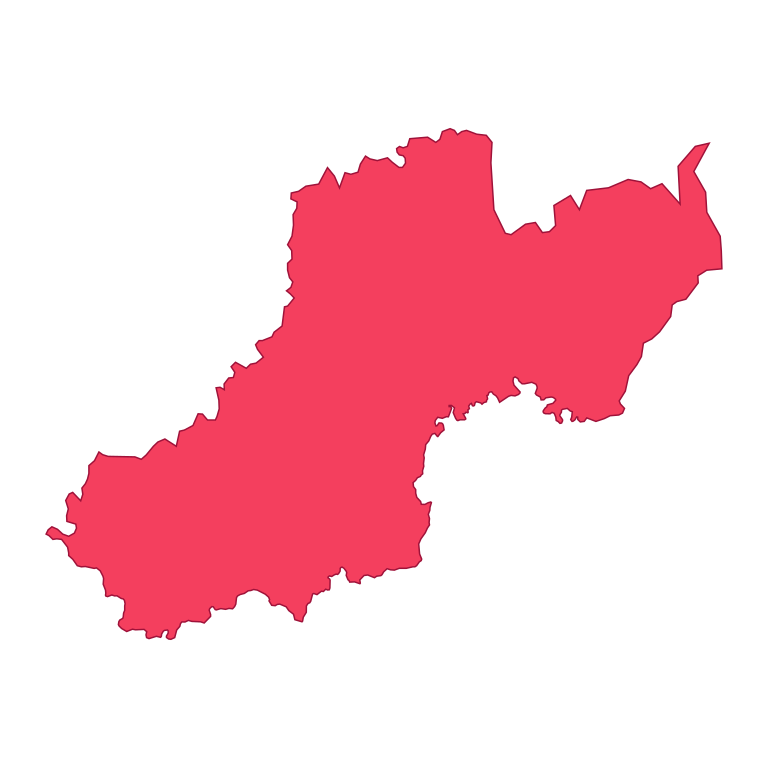 the district of Zémio, Haut-Mbomou, Central African Republic
{"feature_id": "33826404B4042011562142", "entity_name": "Zémio", "entity_type": "district", "adm_level": 2, "iso_a3": "CAF", "parent_name": "Central African Republic", "parent_adm1": "Haut-Mbomou", "projection": "natural_earth1", "projection_center": [25.196, 5.379], "detail": "fine", "context": "isolated", "style": "filled", "palette": "rose", "viewbox_px": 768, "rotation_deg": 0, "n_neighbors": 0, "source": "geoboundaries", "source_scale": "gbopen_adm2", "svg_char_len": 6095}
<svg xmlns="http://www.w3.org/2000/svg" viewBox="0 0 768 768"><path d="M721.9,268.8L721.3,251.0L720.2,236.2L706.8,212.3L705.6,192.2L693.8,171.5L709.2,143.2L695.3,146.4L678.1,166.3L680.1,204.1L662.0,183.7L650.6,188.7L641.0,181.9L628.1,179.5L608.5,187.8L586.7,190.4L579.4,209.7L570.5,195.5L553.9,205.5L555.6,225.6L549.4,231.7L542.4,232.6L535.4,222.5L525.5,224.2L511.1,234.7L505.3,233.3L493.9,209.7L490.9,162.8L492.0,142.4L486.3,135.3L476.7,134.2L466.5,130.4L461.7,131.6L457.5,134.7L454.4,130.4L450.1,128.7L442.4,131.6L439.9,139.3L435.8,142.4L427.6,137.2L409.8,138.7L407.4,146.4L403.1,147.8L399.5,146.5L396.6,148.6L397.1,152.1L399.3,154.9L403.2,155.7L405.2,158.3L405.5,163.2L402.5,167.4L398.9,167.4L392.2,162.2L387.5,157.8L377.3,160.6L369.9,158.9L365.5,156.1L360.4,164.1L358.0,172.2L350.9,174.3L345.0,172.7L339.5,187.9L334.4,176.1L327.5,167.6L318.7,184.1L305.9,186.2L298.6,191.3L291.3,193.0L290.9,198.9L297.1,201.9L296.8,208.3L293.1,214.6L293.5,225.2L292.0,236.2L287.6,244.7L291.7,250.6L292.0,259.1L287.6,263.3L287.6,270.1L289.5,277.7L292.8,281.9L290.9,287.4L286.5,290.8L290.2,293.8L294.2,298.0L287.6,306.1L284.5,306.8L282.1,326.0L274.1,332.2L272.0,336.8L262.4,340.6L259.1,340.6L255.6,344.7L257.5,349.3L263.4,357.2L256.1,363.1L250.5,364.2L246.3,368.3L235.5,362.3L231.1,366.7L234.8,372.3L233.4,377.5L228.7,378.0L224.1,384.0L224.3,389.7L220.1,387.3L216.1,387.8L218.9,400.3L219.2,408.9L217.0,416.5L215.4,420.0L207.5,420.0L202.5,414.1L198.1,413.8L193.0,425.5L184.3,430.1L179.6,431.2L176.3,446.3L164.9,439.0L157.9,442.0L153.4,446.3L146.2,455.0L141.3,459.3L134.9,456.9L108.1,456.4L102.7,454.7L98.9,452.0L94.5,460.7L88.9,465.6L88.9,473.4L87.5,479.1L85.4,483.7L81.9,488.1L82.8,494.3L80.7,500.8L72.7,492.4L69.2,494.0L65.7,500.5L68.3,508.9L66.6,515.7L66.9,521.4L75.8,524.1L76.5,528.2L74.4,533.1L68.7,536.3L62.7,534.1L57.5,529.3L51.9,526.8L48.2,529.8L46.1,534.1L49.0,535.6L52.9,539.4L56.7,538.8L61.6,539.4L67.6,547.2L68.7,553.0L68.7,555.6L72.8,559.3L77.3,565.7L81.3,566.8L85.4,566.5L94.2,568.4L96.5,567.9L100.2,570.8L103.0,576.3L103.6,578.6L103.2,584.2L105.5,590.1L105.8,593.2L105.5,595.2L105.9,596.1L107.6,596.6L111.8,595.0L114.6,595.9L117.0,595.8L121.3,598.5L123.2,598.9L124.4,600.3L125.1,603.7L124.7,605.9L124.7,610.3L123.6,613.1L123.2,617.1L122.7,618.4L119.7,620.1L118.8,621.8L118.4,624.6L119.1,626.0L121.6,628.5L126.7,631.5L132.5,629.2L135.4,629.8L144.1,629.4L146.7,631.7L146.0,634.9L146.6,637.6L149.0,638.6L156.4,636.3L160.6,637.3L161.3,636.4L161.7,633.9L163.3,631.2L164.4,630.4L167.5,630.0L168.1,630.7L168.2,633.1L166.4,636.2L166.5,637.5L168.6,639.0L170.9,639.3L174.7,637.6L176.7,630.0L179.8,626.4L180.5,623.6L181.9,621.9L185.0,622.0L188.4,620.4L191.8,621.4L200.6,621.8L204.2,623.0L210.6,616.4L210.6,614.5L209.2,610.1L209.7,608.6L211.8,606.6L213.3,606.8L215.2,609.6L216.3,609.9L220.8,608.6L225.6,609.3L229.0,608.4L232.6,608.8L234.6,606.6L235.8,604.1L236.5,597.7L237.5,596.0L240.2,594.5L244.4,593.4L248.2,590.8L250.8,590.5L253.6,589.5L257.3,590.1L265.3,594.2L268.6,597.1L269.6,599.6L269.0,600.9L271.7,605.3L275.2,605.7L277.3,604.4L279.8,604.1L286.2,606.8L288.8,610.6L293.5,614.2L294.9,619.7L302.0,621.8L302.6,621.1L303.3,617.2L306.3,612.3L306.4,605.9L308.1,603.4L309.7,602.8L310.7,601.3L312.6,594.0L313.8,593.5L317.0,594.6L321.4,591.2L323.4,591.5L325.7,589.2L327.6,590.0L329.3,589.8L329.9,588.0L330.1,580.2L329.7,579.1L328.0,577.8L328.0,577.1L329.4,575.9L331.7,576.5L334.2,574.9L336.1,574.1L337.6,574.4L338.6,573.6L340.1,571.1L340.2,568.3L341.2,567.3L342.1,567.1L344.0,568.3L346.3,571.4L346.7,572.7L346.2,575.4L348.0,579.8L349.0,580.5L349.7,582.1L354.6,581.9L359.9,583.7L360.3,583.2L359.8,579.9L364.0,575.5L367.7,575.0L374.5,577.7L376.7,576.2L380.9,575.6L382.0,574.7L383.7,571.8L387.1,568.7L390.5,569.8L394.4,570.1L399.3,568.3L406.3,568.3L412.9,566.8L414.9,566.8L416.6,565.7L419.3,561.9L421.2,560.6L421.7,559.1L419.6,554.0L418.7,543.9L420.9,538.9L425.3,532.7L427.4,528.1L429.5,524.9L429.1,522.5L429.5,518.6L428.3,514.3L429.8,510.4L430.0,507.4L431.4,502.6L430.8,502.0L428.2,502.7L425.0,504.4L421.3,504.3L420.6,501.5L416.8,497.4L415.7,493.2L415.7,489.6L413.5,486.6L413.1,482.6L415.6,480.4L417.4,477.7L420.4,476.4L421.1,475.1L422.7,473.8L422.5,470.8L423.8,466.3L423.5,463.6L424.2,457.9L423.6,454.9L425.3,449.2L425.7,444.6L428.8,440.9L430.7,436.4L432.3,434.1L434.9,433.4L437.4,436.5L437.9,436.5L440.7,432.7L444.1,429.9L443.3,425.2L442.6,423.8L441.7,423.1L439.0,422.9L437.2,425.6L436.0,426.0L434.9,422.9L435.3,420.5L437.7,417.3L442.4,418.3L446.3,416.7L448.4,416.8L451.6,408.4L450.8,406.6L449.1,406.6L449.1,405.5L451.4,405.4L454.5,407.8L453.2,412.6L455.6,418.3L456.9,420.2L457.9,420.6L460.0,419.8L464.6,419.8L465.7,419.1L465.7,418.3L463.2,413.8L464.9,413.5L466.0,412.2L467.7,412.8L468.1,412.5L468.0,409.7L469.4,408.7L468.7,406.0L470.2,404.0L471.4,403.4L472.4,405.7L473.2,406.0L474.4,405.5L475.1,402.8L476.4,401.7L480.7,402.9L482.0,404.2L483.8,402.6L486.4,401.8L486.6,400.3L487.6,398.9L486.9,395.5L488.1,395.1L488.8,392.8L489.9,392.0L491.7,391.8L493.4,394.1L495.9,395.7L497.6,397.9L499.6,402.3L508.5,396.3L511.1,395.4L515.0,395.9L518.4,394.5L519.9,393.1L520.1,392.0L514.0,385.2L513.0,381.1L513.5,377.8L515.1,376.9L518.0,378.6L518.9,380.9L522.1,383.8L524.5,383.8L531.8,382.3L536.0,384.2L537.0,386.4L537.2,388.1L535.3,393.4L536.5,395.0L540.3,397.0L541.1,399.9L543.8,399.8L545.9,397.8L551.3,397.0L553.4,397.5L555.6,399.3L555.7,400.2L553.0,403.3L547.4,404.9L546.7,406.9L545.2,408.0L543.3,410.7L543.1,411.9L544.0,413.2L545.5,413.7L550.1,413.8L552.0,412.4L554.2,413.3L555.8,417.1L556.2,420.5L558.1,421.5L560.0,423.4L561.6,423.0L562.6,420.8L562.5,419.6L559.8,415.7L559.9,414.8L561.4,412.2L561.5,410.1L562.5,409.3L567.3,408.4L570.3,411.0L572.3,411.7L571.7,417.2L570.7,419.6L572.0,421.4L572.9,421.3L574.8,420.0L576.7,416.9L577.7,417.1L577.8,419.5L580.3,421.9L584.2,421.4L586.8,417.9L595.9,421.4L604.3,418.6L610.2,415.7L618.8,415.0L622.5,413.1L624.5,408.4L620.4,404.0L619.2,400.9L625.3,391.2L628.7,375.7L636.9,364.6L641.4,356.6L643.4,343.2L651.8,338.9L659.6,331.8L670.7,316.5L672.2,304.9L676.8,301.6L685.9,299.2L698.2,282.9L697.8,275.8L706.7,270.2L721.9,268.8Z" fill="#f43f5e" stroke="#9f1239" stroke-width="1.5"/></svg>